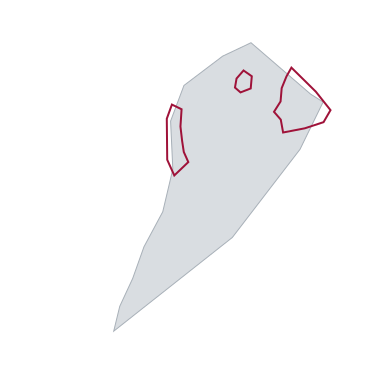 Balzers on a map of Liechtenstein (Albers equal-area conic projection), rotated 215°
{"feature_id": "LIE-4894", "entity_name": "Balzers", "entity_type": "state/province", "adm_level": 1, "iso_a3": "LIE", "parent_name": "Liechtenstein", "parent_adm1": "", "projection": "albers", "projection_center": [9.549, 47.108], "detail": "fine", "context": "in_parent", "style": "outline", "palette": "rose", "viewbox_px": 384, "rotation_deg": 215, "n_neighbors": 0, "source": "natural_earth", "source_scale": "10m", "svg_char_len": 755}
<svg xmlns="http://www.w3.org/2000/svg" viewBox="0 0 384 384"><g transform="rotate(215 192 192)"><path d="M229.3,348.1L150.9,340.2L136.2,340.9L128.0,288.9L132.9,177.9L176.3,33.1L185.6,56.9L191.0,87.2L199.9,119.5L204.6,159.0L220.8,199.7L250.2,237.8L259.7,274.7L244.8,320.9L229.3,348.1Z" fill="#d9dde1" stroke="#a8b0b8" stroke-width="1"/><path d="M181.9,350.9L148.1,345.2L125.5,338.5L124.3,324.7L136.1,308.9L151.5,293.0L160.8,302.2L170.8,304.7L171.4,317.0L178.1,328.5L180.9,340.8L181.9,350.9ZM216.0,195.4L230.8,204.2L254.7,237.6L258.6,252.1L248.0,253.8L239.0,239.0L229.5,228.3L221.7,220.1L212.2,214.4L216.0,195.4ZM209.4,301.4L216.7,302.2L220.6,310.5L219.5,321.1L209.4,321.1L203.3,310.5L209.4,301.4Z" fill="none" stroke="#9f1239" stroke-width="2"/></g></svg>